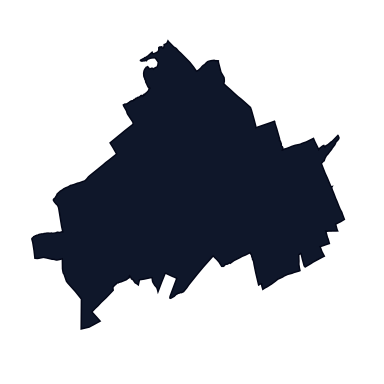 outline of Lunca, Botosani, Romania, rotated 96°
{"feature_id": "2599482B33736794577199", "entity_name": "Lunca", "entity_type": "district", "adm_level": 2, "iso_a3": "ROU", "parent_name": "Romania", "parent_adm1": "Botosani", "projection": "robinson", "projection_center": [27.0, 47.617], "detail": "fine", "context": "isolated", "style": "filled", "palette": "ink", "viewbox_px": 384, "rotation_deg": 96, "n_neighbors": 0, "source": "geoboundaries", "source_scale": "gbopen_adm2", "svg_char_len": 5916}
<svg xmlns="http://www.w3.org/2000/svg" viewBox="0 0 384 384"><g transform="rotate(96 192 192)"><path d="M274.3,341.3L274.3,339.0L274.1,338.0L272.5,332.9L272.8,329.5L273.5,324.2L273.4,322.0L273.7,320.8L273.8,319.3L272.9,316.4L272.0,314.1L273.3,313.8L281.8,312.8L284.1,312.2L286.0,311.6L287.2,310.6L293.9,307.5L295.6,305.9L303.2,297.5L310.0,290.8L339.8,287.9L337.1,280.2L330.0,269.9L321.8,279.0L321.4,278.8L317.8,276.1L315.2,273.8L311.3,270.9L306.2,266.5L297.9,260.1L295.6,260.7L294.6,260.5L292.7,259.1L292.1,258.4L290.2,256.9L290.0,255.7L289.5,255.4L289.3,254.5L288.9,253.7L288.8,253.2L286.0,248.0L284.5,246.6L284.1,245.8L283.6,245.5L282.4,245.6L281.8,245.4L282.2,244.9L283.1,244.1L284.7,243.1L284.9,242.8L285.2,241.7L288.3,239.0L288.9,237.5L290.0,235.7L284.8,235.1L283.6,230.5L281.6,224.4L281.4,222.7L284.6,222.0L285.9,221.4L288.7,219.3L290.3,217.5L291.0,216.9L293.0,216.0L294.7,215.4L285.2,212.9L275.7,210.2L275.5,209.8L278.0,202.5L278.6,200.3L279.5,198.1L297.7,202.8L299.0,203.0L299.9,202.8L300.0,202.6L299.8,201.9L297.6,198.8L295.4,197.0L294.9,196.0L294.6,195.8L294.4,195.5L293.6,193.5L293.3,193.1L293.0,193.0L293.2,192.0L292.0,190.0L287.8,187.2L284.6,185.5L273.2,178.2L265.3,172.9L253.3,164.3L255.3,161.9L256.3,160.5L258.8,157.8L262.8,154.7L262.7,153.2L262.4,152.7L261.8,152.1L260.6,151.4L260.2,150.5L260.2,149.6L259.0,147.8L258.4,147.3L258.9,146.5L255.8,143.1L252.3,137.6L250.7,135.4L249.1,132.3L246.2,127.8L247.3,127.3L248.2,126.3L250.2,125.7L251.4,125.0L252.8,124.7L253.7,123.9L255.9,123.1L256.9,122.9L265.5,120.2L277.5,116.0L276.1,114.0L276.0,113.5L276.1,113.2L278.2,112.7L281.4,111.4L279.9,109.6L278.3,107.2L276.2,104.6L275.3,103.4L272.1,99.9L269.7,97.5L268.7,95.7L267.0,92.9L265.9,91.6L263.9,88.2L262.4,84.1L261.4,82.3L259.4,77.3L258.9,76.4L256.5,77.2L252.7,78.2L249.7,78.4L243.3,79.3L243.1,79.2L242.7,78.6L241.6,77.5L241.7,77.3L243.5,76.5L247.6,75.1L253.3,72.9L254.0,72.5L254.2,72.0L254.7,71.6L250.7,66.2L249.1,64.3L242.9,55.2L242.0,53.7L237.5,56.7L232.9,58.9L231.9,56.5L229.8,52.1L228.9,50.0L224.6,51.7L223.0,52.6L216.9,54.9L217.0,53.8L216.6,52.3L215.5,43.1L214.0,43.9L209.0,45.8L205.6,40.6L203.3,37.6L198.1,40.2L196.5,40.9L193.8,42.8L191.1,44.3L185.9,47.0L183.5,48.4L178.5,50.9L175.2,52.7L173.0,53.6L172.0,53.2L172.3,53.9L172.0,54.4L171.1,55.0L164.1,58.8L159.4,61.6L150.1,66.4L147.7,64.6L147.3,64.3L147.3,64.0L146.9,63.8L144.6,63.3L141.9,62.2L139.6,60.5L138.1,59.7L135.1,57.7L134.0,57.3L130.1,54.9L126.7,53.8L125.8,52.8L124.1,51.8L123.6,51.6L122.7,51.5L120.8,52.5L120.5,52.8L127.1,58.0L127.6,58.8L130.7,61.7L132.1,63.7L132.5,64.1L133.5,64.5L132.9,65.2L131.9,65.7L131.9,65.8L132.6,66.9L134.7,69.1L135.7,70.0L136.5,70.4L129.1,75.1L126.0,76.8L130.3,83.6L132.1,87.5L133.2,89.3L134.8,94.4L136.3,97.7L137.4,99.6L139.0,102.8L139.6,104.5L140.1,105.1L140.7,106.4L139.5,106.1L138.4,106.4L137.6,106.9L136.7,108.1L135.0,108.2L134.5,108.4L132.0,109.6L131.9,109.9L131.3,110.4L130.7,110.3L129.4,110.7L120.4,114.3L115.0,116.7L113.4,117.1L113.0,117.4L114.6,120.6L121.4,135.2L119.5,135.6L113.1,138.0L104.3,141.5L101.8,142.7L96.3,150.3L94.2,153.3L92.5,156.1L89.1,160.8L86.3,164.5L82.7,169.6L80.9,171.8L78.8,171.4L77.1,171.6L74.8,172.1L69.9,175.7L61.6,178.8L59.9,179.4L58.8,179.5L58.9,182.3L59.1,182.5L58.7,183.7L58.7,184.0L58.9,184.2L59.1,185.5L59.4,186.7L60.0,188.5L60.7,190.0L61.9,191.2L64.2,192.9L64.6,193.7L66.0,195.0L68.0,196.3L70.3,198.4L71.4,200.1L71.1,200.5L67.6,203.5L63.2,207.8L55.1,217.7L53.4,220.1L51.0,222.6L50.5,223.5L49.7,225.3L44.9,231.1L44.2,231.7L46.8,232.6L48.1,234.5L48.3,235.1L49.4,234.9L49.8,235.1L50.7,235.1L51.7,235.5L52.1,236.3L51.4,237.0L50.7,237.2L51.6,238.9L51.1,239.1L51.8,240.1L54.4,239.9L56.0,240.5L56.4,241.0L57.8,243.1L58.7,245.3L58.2,245.8L57.2,246.3L60.6,249.4L61.4,249.9L61.6,250.5L62.9,251.8L63.3,253.0L64.5,254.1L64.9,255.1L65.3,255.5L66.2,256.9L66.4,257.0L66.7,257.0L66.8,256.8L67.1,255.5L66.7,254.3L66.6,253.3L66.0,251.6L66.0,251.3L66.2,251.0L66.0,250.8L65.2,250.6L64.7,250.1L63.3,247.4L62.8,245.6L62.4,242.8L63.3,241.8L66.4,239.1L69.2,239.2L70.7,239.6L70.9,239.6L71.5,240.0L71.8,240.8L72.7,242.0L72.8,242.4L74.0,243.1L73.9,243.3L73.3,243.9L73.1,244.3L73.2,245.3L74.0,246.6L74.0,247.2L73.8,247.7L73.0,248.0L72.6,248.4L72.7,248.7L72.0,249.3L72.6,250.1L72.8,250.6L73.3,250.8L74.3,251.5L76.0,252.2L77.3,252.4L79.0,252.5L81.4,252.1L82.4,251.8L84.2,250.8L85.2,250.5L85.9,249.7L87.3,249.6L89.5,248.2L91.4,247.1L92.8,246.1L92.4,245.3L93.2,244.7L94.6,245.6L95.8,245.9L96.6,246.5L97.5,247.1L98.1,247.8L98.7,248.1L99.0,248.7L99.6,248.7L99.8,249.4L100.4,249.4L100.4,249.5L100.3,250.0L100.8,249.9L101.0,250.4L101.8,250.8L101.2,251.2L101.3,252.5L102.2,252.7L102.2,252.9L101.9,253.2L102.7,253.8L103.5,255.2L103.6,255.9L104.5,256.8L104.7,257.6L106.0,258.6L106.2,259.4L106.9,259.5L107.1,260.0L107.5,260.3L107.6,260.5L107.5,261.1L108.1,262.4L109.0,263.5L109.6,263.9L109.8,264.4L111.0,265.7L111.4,266.6L111.6,268.0L112.6,269.4L113.6,268.9L118.2,265.6L120.4,264.7L121.5,264.0L128.5,258.2L129.5,257.8L130.3,257.7L131.0,257.9L131.4,258.3L137.9,265.0L151.7,278.6L156.2,275.1L162.1,270.9L169.0,277.9L171.8,280.9L174.2,283.1L186.1,295.0L187.7,296.5L189.9,297.9L191.3,299.0L192.3,300.0L192.9,301.5L194.6,304.9L195.2,306.8L196.9,310.1L198.0,312.8L198.1,313.4L199.8,315.6L201.1,318.1L202.4,320.1L203.2,320.8L205.0,323.2L206.0,323.9L206.4,324.5L207.5,325.3L208.0,325.8L208.5,326.1L209.4,325.9L209.8,326.4L211.0,327.0L212.2,327.5L213.4,328.7L213.9,329.0L214.8,328.9L216.1,327.9L218.0,326.0L219.1,324.5L220.1,323.8L221.2,323.2L222.7,322.7L240.0,318.0L245.1,316.3L245.3,317.6L246.1,319.1L246.1,319.6L246.1,320.7L246.0,321.3L246.2,322.0L247.0,323.4L247.7,326.3L247.5,327.6L247.7,328.2L248.0,328.7L247.9,329.2L247.9,330.7L248.1,332.1L248.6,333.7L248.7,334.8L249.2,335.3L249.4,336.2L249.3,336.7L250.2,339.7L251.2,341.2L251.2,341.8L251.6,342.3L251.9,343.1L252.6,344.0L253.0,344.8L253.8,345.2L254.5,346.0L255.4,346.4L258.8,345.1L266.6,343.0L274.3,341.3Z" fill="#0f172a" stroke="#020617" stroke-width="1.5"/></g></svg>